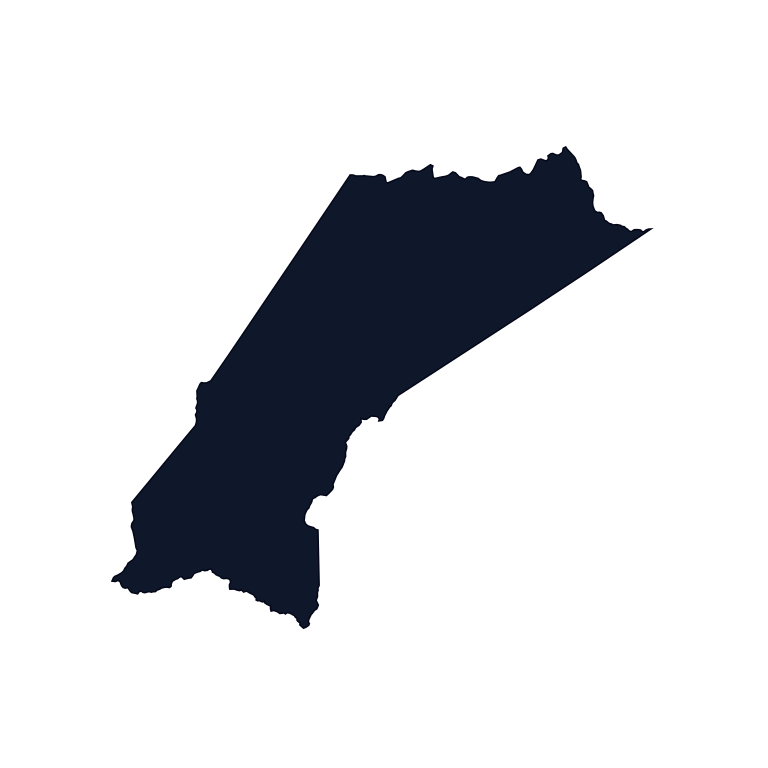 Loreto, Maranhão, Brazil, rotated 202°
{"feature_id": "56859067B64584099419455", "entity_name": "Loreto", "entity_type": "district", "adm_level": 2, "iso_a3": "BRA", "parent_name": "Brazil", "parent_adm1": "Maranhão", "projection": "robinson", "projection_center": [-45.236, -7.204], "detail": "fine", "context": "isolated", "style": "filled", "palette": "ink", "viewbox_px": 768, "rotation_deg": 202, "n_neighbors": 0, "source": "geoboundaries", "source_scale": "gbopen_adm2", "svg_char_len": 4669}
<svg xmlns="http://www.w3.org/2000/svg" viewBox="0 0 768 768"><g transform="rotate(202 384 384)"><path d="M562.4,99.3L559.1,100.2L557.0,102.2L554.6,101.8L552.9,99.9L551.6,98.6L549.6,97.6L547.6,97.7L545.2,99.2L543.7,98.2L541.6,96.8L539.9,96.1L538.2,96.4L536.0,96.8L533.8,97.1L533.2,99.8L531.3,101.1L529.6,100.5L527.5,100.9L525.9,102.2L524.2,103.4L521.5,103.9L520.3,104.9L518.2,105.8L517.1,108.0L515.1,109.7L513.8,111.5L510.9,113.5L508.8,114.5L506.6,114.9L505.6,116.7L506.4,119.0L506.3,121.9L505.1,123.4L504.1,124.8L502.3,126.4L501.2,128.6L499.2,129.5L496.1,128.1L494.5,129.3L492.5,130.8L490.3,131.9L489.5,134.8L489.2,137.0L487.8,138.5L485.6,140.4L484.2,141.4L483.0,143.4L480.3,143.7L477.9,145.1L476.6,147.0L474.8,147.5L473.5,146.6L472.5,145.3L470.5,145.2L468.5,144.3L466.0,144.1L464.5,144.3L462.1,143.3L459.8,143.4L456.9,144.9L453.8,145.1L452.0,142.8L452.1,140.0L451.5,138.4L450.2,136.0L448.4,136.7L446.5,137.6L444.9,137.8L442.6,137.9L440.5,138.3L439.0,139.6L436.1,138.5L434.0,140.5L430.1,139.9L426.4,139.7L424.9,139.1L423.7,138.1L422.0,137.6L421.7,135.8L420.0,135.6L418.3,136.5L416.6,136.3L414.7,136.5L413.6,137.8L412.6,136.4L410.3,135.9L408.2,135.7L406.1,135.7L405.0,133.0L403.6,131.1L401.4,132.7L397.9,132.9L394.7,132.2L392.9,133.1L391.1,134.2L389.3,133.8L388.1,135.7L385.7,136.2L383.6,136.1L382.0,135.8L380.4,135.7L378.9,134.6L376.9,134.0L376.0,132.2L374.5,131.5L372.4,131.1L371.8,129.1L367.1,127.4L365.2,129.3L363.4,132.0L363.4,133.9L364.8,134.8L365.5,137.1L365.4,139.5L365.2,142.8L364.6,144.5L363.6,148.2L362.1,150.3L362.0,152.4L362.1,154.5L365.9,158.0L366.0,161.9L367.7,166.0L367.8,168.1L368.8,169.9L368.7,173.0L390.5,223.9L392.9,223.6L395.5,224.5L400.0,224.0L401.9,224.1L404.6,225.1L405.6,226.3L406.8,227.4L408.5,233.4L408.4,236.0L408.2,238.8L407.2,240.8L407.4,243.3L406.8,247.2L407.1,249.4L407.1,251.2L405.3,252.9L404.0,255.2L401.7,257.5L398.9,258.3L395.6,259.0L394.2,262.0L392.2,267.1L392.3,269.5L393.7,271.8L393.7,281.4L392.5,288.2L391.8,290.7L391.7,293.5L391.8,296.0L391.8,298.0L392.4,299.6L392.4,302.4L393.8,305.5L394.2,307.1L394.5,310.1L395.3,312.5L398.0,315.5L396.3,320.4L397.0,322.5L396.2,324.2L395.5,328.0L394.3,330.2L393.9,333.2L391.7,336.3L390.8,339.9L392.5,343.2L389.5,343.7L387.0,344.7L383.9,349.5L379.0,351.1L377.0,351.0L375.2,349.9L375.0,347.8L371.8,349.7L371.4,352.3L371.6,354.9L371.1,360.3L370.0,365.2L369.2,366.6L369.4,368.8L368.8,371.0L367.8,372.5L367.0,376.9L366.7,378.6L317.8,448.5L292.5,484.7L274.7,510.1L271.4,514.9L266.8,521.7L245.7,552.3L237.9,563.6L194.5,627.8L196.9,626.7L199.0,624.7L200.0,622.6L202.2,622.0L203.6,622.9L206.1,622.4L209.8,620.8L211.6,618.1L213.6,617.6L215.9,618.6L218.2,619.1L220.3,619.9L222.0,619.3L224.0,619.7L225.6,619.5L228.1,618.9L230.9,617.4L232.8,617.5L235.8,617.3L238.7,618.3L240.8,618.4L243.8,622.2L246.7,624.1L248.4,624.0L250.5,623.0L253.3,623.5L254.8,624.9L257.0,627.4L258.5,630.2L259.7,634.3L260.2,637.1L261.8,639.3L263.1,641.5L265.9,642.7L267.9,643.2L270.4,646.0L272.0,647.5L274.8,647.4L276.3,646.8L278.4,647.5L278.8,649.9L281.9,655.8L284.0,658.0L286.1,660.5L288.0,661.3L290.0,663.7L292.0,665.5L294.8,666.9L302.1,670.3L304.3,671.9L306.2,669.7L305.3,665.6L307.6,661.9L309.7,660.9L313.9,661.0L315.5,660.1L317.5,656.9L316.3,655.4L316.1,653.4L317.3,651.5L322.9,651.3L325.2,649.4L325.8,638.8L326.9,633.9L328.2,632.4L330.9,631.6L334.7,632.5L337.0,634.7L339.2,635.9L340.6,634.9L346.6,627.8L354.2,621.2L355.7,620.1L356.3,617.7L356.9,613.0L361.5,610.6L366.3,609.3L370.3,608.9L373.8,609.9L379.4,609.2L383.0,607.8L384.3,606.7L385.1,604.6L386.6,604.1L389.5,604.5L391.8,604.3L396.9,606.6L399.7,606.4L402.3,601.8L403.8,600.4L405.4,599.2L407.9,597.7L409.7,596.5L412.1,594.8L413.9,593.6L415.7,593.9L420.0,601.3L420.3,604.5L423.1,604.7L427.5,598.2L429.8,595.2L431.4,594.1L434.4,593.3L437.6,592.9L440.9,590.1L442.9,588.1L444.5,583.9L445.8,581.3L447.5,580.2L456.0,571.7L457.7,572.0L460.7,576.5L463.5,577.1L465.7,576.8L467.5,576.0L469.4,573.6L471.4,572.3L479.0,570.0L480.6,569.8L482.1,568.7L483.6,568.2L488.1,566.3L490.5,566.3L493.7,565.2L515.3,463.3L524.1,422.2L531.6,386.9L539.0,352.4L545.8,322.0L548.9,318.6L551.0,317.6L553.9,316.9L554.6,314.9L554.7,311.3L554.9,307.5L552.6,302.6L552.0,300.2L550.4,298.3L549.6,296.1L549.5,293.2L549.4,291.2L547.6,289.8L547.0,287.3L547.3,284.9L544.6,281.3L543.6,278.1L543.3,274.8L545.1,269.2L550.3,253.0L573.5,179.7L571.1,176.3L570.2,173.0L569.4,171.4L568.1,169.8L565.4,165.8L564.8,163.8L565.5,160.1L564.8,157.0L561.4,153.2L557.9,148.0L552.5,139.2L550.3,137.2L550.0,135.2L549.7,133.1L550.3,130.5L550.9,127.1L552.8,124.2L554.2,121.9L554.3,118.8L555.2,116.2L555.4,113.3L556.3,111.0L558.8,107.6L561.7,104.6L562.3,102.8L562.4,99.3Z" fill="#0f172a" stroke="#020617" stroke-width="1.5"/></g></svg>